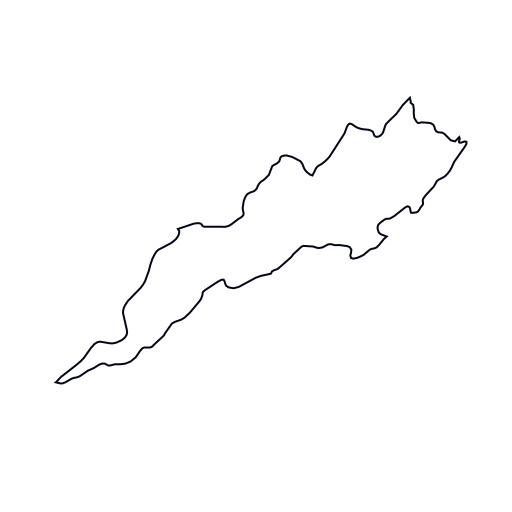 Sulawesi Barat, Equal Earth projection, rotated 230°
{"feature_id": "IDN-1237", "entity_name": "Sulawesi Barat", "entity_type": "Province", "adm_level": 1, "iso_a3": "IDN", "parent_name": "Indonesia", "parent_adm1": "", "projection": "equal_earth", "projection_center": [119.342, -2.204], "detail": "fine", "context": "isolated", "style": "outline", "palette": "ink", "viewbox_px": 512, "rotation_deg": 230, "n_neighbors": 0, "source": "natural_earth", "source_scale": "10m", "svg_char_len": 3551}
<svg xmlns="http://www.w3.org/2000/svg" viewBox="0 0 512 512"><g transform="rotate(230 256 256)"><path d="M278.3,475.6L277.6,475.1L275.1,474.0L274.0,472.9L270.8,473.6L267.1,471.3L263.3,468.1L260.0,466.0L255.5,465.3L253.7,465.6L253.0,466.6L252.0,468.7L247.1,473.8L245.1,475.4L242.5,476.2L240.3,475.7L238.3,474.7L236.0,474.2L233.8,474.9L230.9,477.9L228.6,478.8L219.4,479.6L215.8,482.2L216.5,488.1L215.0,487.6L213.3,485.1L212.1,484.7L211.1,485.8L209.5,489.7L208.2,490.6L206.6,489.2L205.4,485.9L200.7,468.2L198.0,462.7L196.7,459.2L195.9,455.4L195.6,451.9L196.1,448.7L196.9,445.8L197.2,442.9L194.9,436.8L193.5,425.4L192.7,421.8L192.0,420.2L191.0,419.1L189.5,418.3L188.2,417.0L187.7,414.9L187.4,413.3L186.2,409.9L186.0,407.9L186.4,406.8L188.6,403.4L189.4,402.6L190.4,402.9L193.4,404.6L195.1,405.0L196.7,404.0L197.3,401.5L197.7,387.7L198.6,382.6L201.0,379.3L201.4,376.9L201.6,372.2L201.4,370.0L200.7,368.6L199.7,367.5L198.2,366.4L194.9,365.1L192.2,365.7L186.9,368.7L186.8,364.8L185.4,357.6L185.1,354.0L185.5,352.2L187.3,348.7L187.7,347.0L187.7,339.3L188.3,336.4L189.5,332.4L191.3,329.0L193.4,327.5L195.8,328.6L197.5,331.0L199.5,333.1L202.5,333.5L205.0,332.2L210.6,327.1L213.6,323.4L216.5,321.3L217.8,320.0L218.6,318.3L219.9,312.3L221.9,309.0L224.1,307.3L226.5,305.9L233.2,298.9L233.9,296.8L233.4,286.1L232.5,281.9L232.1,264.9L232.6,263.0L233.5,260.7L233.9,258.3L232.9,256.0L237.7,246.8L239.5,241.8L243.4,222.9L245.7,218.1L249.5,214.9L252.4,214.0L254.5,214.6L256.4,215.5L258.7,216.0L260.0,214.2L260.9,210.0L262.6,195.0L262.6,192.6L262.3,191.7L261.7,191.1L260.4,189.7L258.6,186.6L257.7,183.7L255.1,168.9L254.7,161.6L255.3,157.8L257.7,151.5L258.3,148.1L255.2,136.3L254.3,134.5L253.6,120.4L253.4,119.3L253.3,118.3L253.9,116.3L254.7,115.1L257.6,111.7L258.3,109.9L257.9,106.5L255.7,98.7L255.8,92.0L257.6,86.6L260.4,82.3L263.4,78.8L264.4,77.1L265.4,74.8L266.6,72.8L268.3,71.9L270.5,71.2L272.3,69.3L273.5,66.4L274.4,59.8L276.2,53.5L277.2,43.7L278.2,40.7L279.6,38.3L280.5,36.0L281.8,28.8L282.7,26.0L284.2,24.2L287.9,21.4L287.9,21.9L288.7,29.0L288.0,48.9L288.1,54.6L288.6,58.8L291.6,70.3L292.4,75.7L292.0,78.8L290.7,81.4L282.8,88.2L280.9,90.5L279.3,93.6L277.8,99.3L277.8,103.2L278.8,106.3L280.4,108.2L282.7,109.7L297.5,117.3L299.4,118.9L301.1,121.2L302.5,124.2L303.9,128.9L305.7,146.7L306.7,151.2L308.0,154.8L313.6,164.5L316.9,169.0L320.4,174.8L322.5,179.6L323.4,182.7L323.5,185.5L322.4,190.2L320.5,199.2L320.3,201.7L320.4,205.4L321.0,208.1L322.1,210.7L323.5,212.4L324.6,213.3L326.9,213.5L320.8,229.1L319.3,231.5L317.8,233.4L316.2,234.5L314.7,234.6L313.3,234.3L311.7,235.2L298.0,251.4L296.6,254.4L296.1,257.6L295.7,266.0L295.2,269.2L295.2,271.4L295.6,272.8L296.9,274.1L299.8,275.6L301.4,276.7L305.8,281.7L307.6,284.8L308.5,287.0L309.0,289.0L308.5,291.9L306.9,296.3L306.9,298.2L307.2,300.0L308.5,302.4L309.3,304.5L309.7,307.1L309.3,311.4L309.8,317.9L314.4,326.2L314.2,328.1L313.5,331.4L313.4,333.4L313.8,335.1L314.7,336.5L315.5,337.6L315.9,338.7L315.7,340.1L314.8,342.2L313.3,344.1L308.4,347.5L299.9,351.0L296.8,350.7L291.9,349.1L289.5,348.8L287.1,349.0L283.7,349.7L281.4,351.0L284.7,358.6L285.0,360.6L284.8,362.8L284.2,366.2L284.2,369.9L284.4,373.1L284.9,376.4L293.0,402.5L296.6,408.9L297.4,411.2L297.1,413.0L295.5,414.1L289.8,415.8L287.3,417.2L284.7,419.1L280.4,423.3L278.1,424.7L276.3,425.4L275.1,425.1L273.0,424.3L271.8,424.0L270.5,424.4L269.4,425.4L268.5,427.3L268.3,429.1L268.5,431.2L269.0,432.8L272.2,437.9L273.2,439.6L273.5,440.4L274.1,446.8L274.5,453.2L274.8,455.6L277.3,465.5L278.3,475.5L278.3,475.6Z" fill="none" stroke="#020617" stroke-width="2"/></g></svg>